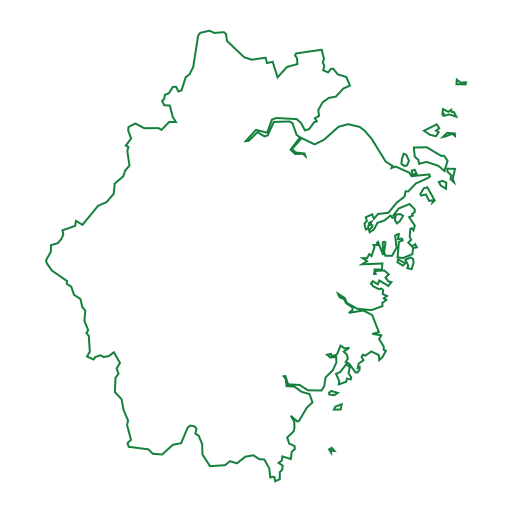 map outline of Zhejiang (Natural Earth projection)
{"feature_id": "CHN-1820", "entity_name": "Zhejiang", "entity_type": "Province", "adm_level": 1, "iso_a3": "CHN", "parent_name": "China", "parent_adm1": "", "projection": "natural_earth1", "projection_center": [120.785, 29.18], "detail": "fine", "context": "isolated", "style": "outline", "palette": "green", "viewbox_px": 512, "rotation_deg": 0, "n_neighbors": 0, "source": "natural_earth", "source_scale": "10m", "svg_char_len": 6054}
<svg xmlns="http://www.w3.org/2000/svg" viewBox="0 0 512 512"><path d="M350.0,85.6L343.4,88.5L335.8,96.7L329.0,97.8L322.6,102.3L318.3,110.2L319.0,115.9L314.9,118.3L316.8,121.3L314.3,122.0L309.1,129.1L305.0,130.4L301.0,123.0L296.7,119.1L276.4,118.0L271.9,119.6L267.2,132.7L256.0,129.9L245.7,141.1L248.6,140.9L257.5,132.2L264.5,136.4L267.7,135.4L273.8,121.9L289.6,121.5L292.4,123.0L296.7,135.1L300.1,137.3L290.6,149.7L295.2,154.0L302.9,153.8L305.4,156.1L304.6,153.5L295.8,152.5L291.9,149.2L301.6,138.1L314.7,144.4L324.1,139.7L338.5,126.8L348.1,124.2L359.6,126.9L364.4,130.5L371.6,138.7L385.6,161.5L392.5,165.9L391.5,168.0L395.8,166.6L409.4,172.7L411.4,176.2L429.3,174.4L430.0,176.5L428.0,178.0L415.8,183.5L408.3,191.4L405.6,191.3L404.6,196.5L396.7,202.7L388.4,212.8L378.0,214.0L373.9,218.8L372.1,214.4L365.8,217.2L366.9,221.1L364.4,223.5L365.8,229.5L367.8,228.8L369.2,222.8L371.5,221.7L370.3,224.9L372.4,225.3L372.2,227.0L369.0,229.8L369.7,232.3L374.0,229.3L377.5,222.8L384.3,220.5L390.6,215.6L392.5,217.9L395.6,216.4L394.9,220.0L396.9,223.4L400.0,221.0L403.1,215.8L400.2,214.0L393.8,214.9L398.5,208.6L409.6,204.0L414.8,209.4L414.7,212.1L412.0,214.1L412.8,215.6L409.1,217.1L414.8,225.6L413.5,230.3L411.6,228.1L410.3,229.1L409.7,236.9L411.2,239.8L408.3,242.6L412.0,246.5L415.2,244.2L416.8,247.3L413.2,248.1L412.3,254.2L402.8,258.1L397.6,257.3L398.9,241.9L402.7,240.3L401.8,238.6L397.9,239.2L398.9,234.1L397.7,234.1L395.1,235.7L396.6,247.7L392.0,255.8L385.3,255.7L384.1,251.8L385.5,242.5L384.1,241.7L382.7,242.3L383.1,255.0L378.0,241.9L376.9,242.9L378.0,245.0L373.5,245.0L374.5,247.2L371.5,256.1L369.3,254.1L367.1,258.1L362.6,258.1L367.1,261.2L362.0,264.3L382.4,263.5L381.8,269.7L374.6,269.4L374.1,274.0L375.7,273.9L374.8,272.1L376.5,270.8L384.3,270.5L388.8,274.4L385.5,277.6L388.3,281.3L391.4,282.1L388.3,285.9L379.3,280.5L377.8,284.2L372.7,281.2L370.4,284.4L371.6,283.6L372.8,286.1L378.7,289.1L381.5,288.6L383.2,290.2L382.7,294.1L387.0,296.0L383.8,298.3L386.3,299.9L382.2,303.1L382.5,306.1L371.5,310.1L357.4,308.8L346.8,302.9L344.7,298.0L338.0,293.7L339.6,297.3L343.9,299.0L346.2,303.3L352.6,307.5L352.5,310.0L348.8,312.9L363.2,310.5L372.2,315.0L378.9,332.2L372.3,333.9L381.3,335.3L379.1,339.1L383.6,346.3L383.8,349.9L385.9,350.8L382.6,356.9L379.3,360.1L378.8,355.1L371.3,351.5L365.4,355.6L362.8,354.7L361.6,357.0L363.5,360.2L358.7,363.6L357.7,367.9L359.6,367.0L359.6,369.6L357.5,372.5L355.5,372.4L349.1,363.6L345.7,362.1L347.9,358.6L346.8,354.5L343.7,351.6L349.4,347.8L344.7,348.4L340.5,345.7L336.9,354.6L331.5,356.2L331.0,353.9L327.1,354.7L330.2,357.5L336.1,357.0L336.4,362.5L332.8,370.3L325.6,377.4L324.2,386.2L321.5,390.5L308.0,390.3L299.7,385.0L288.1,384.3L285.4,376.0L283.7,376.3L285.7,378.9L286.5,386.1L294.4,386.6L301.5,391.8L309.4,394.0L312.5,402.3L306.8,407.7L298.9,421.1L297.2,421.4L290.8,415.8L294.2,421.6L294.5,427.4L293.7,431.3L287.2,437.5L289.2,443.6L294.6,446.1L294.8,449.2L291.8,451.7L290.8,459.0L282.4,456.4L281.8,460.6L278.6,462.9L282.7,465.6L282.2,469.6L279.8,472.2L279.8,479.1L275.2,481.3L274.4,477.0L270.8,476.8L270.3,478.3L269.3,468.4L264.3,459.5L259.3,459.2L253.4,455.3L245.3,456.7L236.9,463.3L230.0,461.2L225.0,465.2L210.0,466.2L202.4,454.4L202.2,444.2L198.7,435.7L195.3,433.6L196.5,428.9L194.6,426.4L190.3,425.6L187.7,427.6L181.1,443.2L173.0,444.7L162.1,454.5L152.9,453.8L148.2,449.3L128.7,446.8L127.5,443.1L131.0,439.8L127.1,425.2L128.0,420.4L123.5,409.8L121.6,399.2L114.9,392.1L115.5,377.7L118.5,373.7L116.6,368.4L120.0,363.0L113.9,352.3L108.6,356.2L103.5,357.0L100.6,355.3L95.3,357.0L93.5,359.5L87.0,356.5L89.8,351.6L88.8,335.9L86.4,333.0L88.2,330.1L84.4,320.9L85.3,310.7L82.4,307.2L80.4,299.0L74.0,294.8L71.2,286.6L66.8,283.9L67.0,281.0L51.9,270.6L47.0,263.6L46.0,260.4L50.8,251.9L51.0,245.2L57.9,243.1L61.3,239.0L63.3,234.7L62.5,230.3L75.1,225.9L76.0,220.9L82.5,224.8L98.1,205.8L106.6,202.1L113.6,194.0L114.8,183.5L123.3,176.3L125.1,170.7L129.5,165.5L127.3,151.3L128.4,146.9L125.8,145.6L131.1,138.5L128.2,130.6L128.5,127.0L135.3,123.5L144.2,128.2L158.5,128.1L161.5,129.9L169.2,121.9L175.9,122.0L172.8,117.1L169.8,105.5L164.2,105.3L162.1,100.8L164.2,99.0L164.9,94.9L168.9,93.2L173.0,86.8L176.1,86.8L178.3,91.4L181.5,90.4L185.8,77.0L189.5,74.4L193.2,67.1L198.1,35.8L200.3,32.8L209.6,30.7L214.2,32.9L223.9,32.2L226.0,33.9L227.0,41.0L244.1,57.2L251.9,59.7L265.6,57.7L267.0,63.0L272.7,61.9L277.6,77.4L286.9,67.0L297.4,64.1L297.0,58.2L295.0,55.3L296.2,53.4L321.7,49.7L324.0,59.1L322.7,62.4L324.3,65.8L323.2,70.3L328.1,72.4L330.9,68.9L333.3,68.7L337.6,74.3L346.3,77.0L350.0,85.6ZM447.6,160.8L444.5,171.0L438.5,165.9L426.5,161.9L419.1,163.8L418.4,159.9L414.8,156.8L413.8,147.5L426.8,147.3L441.0,155.8L444.1,155.9L447.6,160.8ZM348.6,373.3L351.3,377.6L350.8,379.4L347.0,378.6L346.3,381.7L338.9,384.4L339.2,381.0L336.0,373.8L340.2,372.1L346.2,364.3L349.8,367.2L348.6,373.3ZM439.3,128.2L436.1,130.7L438.7,132.2L435.9,136.2L430.0,134.8L424.0,130.7L436.7,124.4L439.3,128.2ZM427.3,187.3L434.7,200.4L432.5,202.5L433.1,200.2L429.2,200.9L426.0,194.5L421.1,195.5L420.4,193.9L423.7,188.4L427.3,187.3ZM413.6,262.8L411.6,269.2L407.3,268.1L408.3,265.7L405.3,259.7L410.8,257.5L413.1,259.1L413.6,262.8ZM406.3,154.9L409.0,160.8L407.1,165.3L404.3,166.0L401.4,163.8L402.0,158.5L403.7,153.7L406.3,154.9ZM455.0,168.9L452.8,178.8L454.0,182.3L450.4,179.1L451.4,175.3L447.4,171.7L447.5,168.7L455.0,168.9ZM454.0,112.1L456.3,116.7L449.3,114.4L443.6,115.9L442.4,114.4L443.7,113.7L442.5,112.6L443.0,109.1L448.3,111.8L451.3,109.7L451.8,112.0L454.0,112.1ZM446.3,182.8L446.0,188.8L440.7,185.4L438.8,182.0L442.5,180.8L446.3,182.8ZM452.4,133.8L445.5,136.4L442.9,137.0L447.2,132.8L454.9,133.5L455.0,136.0L452.4,133.8ZM398.1,259.4L405.3,263.2L402.9,265.6L397.4,262.2L398.1,259.4ZM329.4,394.6L329.0,392.7L331.3,391.0L337.8,392.9L334.4,395.1L329.4,394.6ZM466.0,82.3L465.6,84.4L456.5,84.2L456.8,79.7L460.8,82.7L466.0,82.3ZM341.7,404.3L340.7,409.5L333.9,409.6L335.4,406.6L341.7,404.3ZM414.7,169.8L416.6,173.9L412.3,174.4L411.8,170.6L414.7,169.8ZM331.7,447.8L334.4,450.9L331.0,450.5L331.1,452.6L329.1,449.4L331.7,447.8Z" fill="none" stroke="#15803d" stroke-width="2"/></svg>